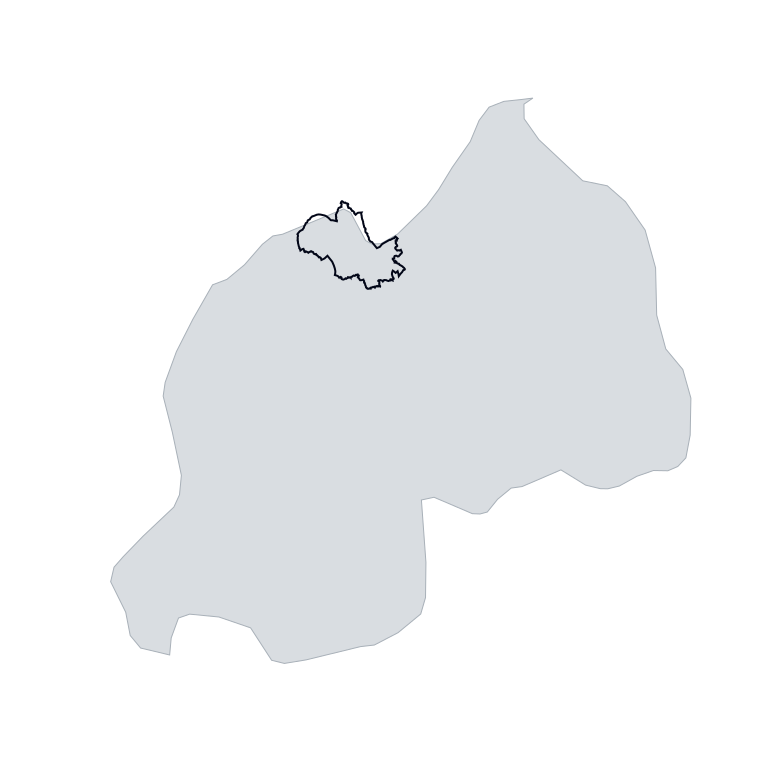 location of Burera, Northern, Rwanda, rotated 351°
{"feature_id": "39286606B41980105768775", "entity_name": "Burera", "entity_type": "district", "adm_level": 2, "iso_a3": "RWA", "parent_name": "Rwanda", "parent_adm1": "Northern", "projection": "albers", "projection_center": [29.857, -1.461], "detail": "fine", "context": "in_parent", "style": "outline", "palette": "ink", "viewbox_px": 768, "rotation_deg": 351, "n_neighbors": 0, "source": "geoboundaries", "source_scale": "gbopen_adm2", "svg_char_len": 7039}
<svg xmlns="http://www.w3.org/2000/svg" viewBox="0 0 768 768"><g transform="rotate(351 384 384)"><path d="M297.4,220.4L307.2,220.2L371.5,204.8L377.9,209.6L388.3,239.5L393.8,243.8L402.8,244.9L420.8,238.1L453.9,214.7L468.4,200.5L485.4,180.6L507.1,158.1L519.2,138.5L531.1,127.0L546.6,123.6L563.8,124.5L575.8,124.9L566.0,129.5L563.9,143.9L575.2,166.9L612.1,214.4L635.6,223.2L651.0,241.7L666.0,272.8L670.4,311.8L664.1,358.6L667.8,393.5L681.4,416.4L684.9,446.0L678.4,482.4L670.6,504.2L661.3,511.4L650.8,514.1L636.6,511.6L619.3,514.7L600.4,521.6L588.6,522.5L581.2,521.2L567.3,515.4L545.3,496.5L504.3,506.9L493.3,506.7L478.2,515.6L466.0,526.6L458.5,527.4L451.0,525.9L415.7,503.7L402.8,504.4L397.5,566.8L391.6,601.4L384.3,616.9L359.0,631.8L333.6,640.3L319.7,639.7L263.8,644.3L241.9,644.4L229.8,639.3L214.1,604.0L184.5,588.3L156.0,580.9L144.4,583.0L134.1,601.5L129.9,618.1L102.3,606.7L94.0,592.7L93.2,569.0L83.1,536.5L88.7,522.7L99.5,513.7L122.4,496.5L157.2,472.7L164.7,461.4L169.6,442.5L167.4,398.5L164.0,361.4L168.1,348.2L184.0,319.6L205.3,290.2L230.2,259.2L245.2,256.1L264.9,244.4L285.7,227.0L297.4,220.4Z" fill="#d9dde1" stroke="#a8b0b8" stroke-width="1"/><path d="M406.9,282.5L407.4,282.5L408.4,283.0L408.2,282.1L408.0,281.8L408.5,281.9L409.2,282.3L410.0,281.7L410.1,281.1L409.9,280.9L409.6,280.2L409.2,278.7L409.0,276.7L409.5,275.0L410.4,273.4L411.1,274.0L412.9,276.1L415.1,274.7L415.5,277.7L415.5,279.8L417.5,277.8L419.4,276.3L420.9,274.5L422.2,274.4L422.5,274.2L422.9,274.5L422.0,272.5L421.0,271.4L420.6,270.7L419.5,269.9L419.0,269.3L418.3,269.0L417.8,268.4L417.8,268.0L417.5,267.5L417.2,267.4L416.7,267.4L416.2,267.0L415.9,266.9L415.5,266.1L415.4,265.2L414.9,264.7L414.6,266.1L413.6,265.8L413.7,265.6L413.6,265.0L413.2,264.4L413.0,263.9L413.0,263.6L412.1,262.1L412.2,261.7L412.8,262.0L413.0,261.8L413.7,261.6L413.7,261.0L413.9,260.8L414.2,259.7L414.5,259.3L415.3,259.2L416.2,259.2L416.7,259.5L417.4,260.2L418.5,260.2L419.3,259.4L419.8,259.2L420.5,258.3L421.7,257.8L421.8,257.4L422.3,256.8L421.6,254.1L420.2,254.6L419.9,254.3L419.2,254.2L418.6,254.3L417.9,254.3L417.6,253.9L417.7,253.7L417.3,253.2L416.9,252.8L416.5,252.3L416.3,251.4L416.5,251.0L416.9,250.7L417.1,250.5L417.6,250.4L418.5,250.0L418.7,249.7L418.6,248.9L418.0,247.8L417.9,247.1L417.6,246.8L417.6,246.6L417.9,246.4L417.8,244.9L417.8,244.6L418.1,244.5L419.0,244.4L418.8,243.6L419.3,243.5L419.6,243.2L420.1,242.6L419.4,242.3L419.5,241.8L419.4,241.8L418.6,240.3L418.5,240.2L417.2,240.9L416.9,241.6L415.7,241.6L412.9,242.6L412.5,242.7L412.0,242.5L406.1,244.7L403.9,245.6L401.3,247.9L398.2,248.7L394.8,242.8L394.6,242.2L394.2,241.8L393.1,241.3L392.8,241.0L391.9,239.4L391.7,238.4L391.9,237.7L391.8,236.7L391.3,235.7L391.2,235.1L390.8,233.9L390.8,233.4L391.1,233.0L390.7,232.4L390.0,231.9L389.5,230.9L389.5,229.7L389.7,229.2L389.6,228.6L390.1,228.2L390.0,227.5L389.6,226.9L389.2,226.5L388.9,225.7L388.9,225.4L389.0,225.2L389.0,224.7L388.7,223.4L388.8,222.7L388.6,221.7L388.8,220.4L388.5,219.2L388.5,218.6L388.2,217.9L388.2,216.8L388.1,215.6L388.3,214.6L388.1,213.6L388.2,212.9L388.1,212.6L388.2,211.8L388.7,211.1L385.1,210.8L383.6,211.5L382.6,212.3L382.4,212.4L381.3,210.8L381.3,210.4L381.5,210.1L381.5,209.8L380.5,208.4L379.4,207.9L379.4,207.2L378.7,206.4L378.7,205.6L377.6,204.9L377.2,204.9L376.7,204.7L376.2,204.2L376.5,203.5L376.5,203.3L376.1,202.9L376.2,202.2L376.0,201.9L376.8,201.0L376.7,200.4L376.4,200.2L375.9,199.9L375.1,199.9L374.5,199.1L374.0,198.7L373.3,198.9L372.8,198.7L371.8,197.4L371.2,196.9L370.9,196.9L370.2,197.5L369.6,198.6L370.2,199.0L370.3,199.8L370.2,200.2L369.8,200.8L369.7,202.4L369.0,202.4L368.5,202.8L367.8,202.7L366.7,203.1L366.4,203.7L365.6,204.7L365.5,205.6L365.4,205.9L365.0,206.3L364.8,206.7L364.1,207.4L364.0,207.8L362.9,209.2L363.0,210.1L362.7,211.4L363.0,211.8L362.5,213.2L362.5,213.6L362.7,214.3L363.1,215.1L362.9,215.9L359.1,214.3L357.3,214.0L357.0,213.8L355.3,211.4L354.3,210.3L353.0,209.1L351.8,208.3L348.0,206.8L346.1,206.3L344.1,206.3L341.6,206.9L340.1,207.2L339.5,207.1L338.4,207.9L337.6,208.3L336.4,209.8L335.9,210.0L335.1,210.1L334.5,210.4L334.2,210.6L333.9,211.5L333.3,212.4L332.3,212.7L331.8,213.0L331.1,214.4L330.0,215.6L329.1,217.4L327.8,218.6L327.7,218.9L326.0,219.4L324.6,220.0L322.2,222.1L321.9,222.6L322.3,223.3L322.2,224.3L322.0,225.0L321.7,225.4L321.5,226.8L321.6,227.3L321.4,227.5L321.3,227.8L321.1,228.6L321.1,229.0L321.3,229.1L321.3,230.3L321.2,230.4L321.1,231.6L321.2,232.0L321.4,234.9L321.8,236.1L321.6,236.4L322.0,236.7L321.9,237.4L322.2,238.2L322.3,239.1L323.1,238.7L323.4,238.3L323.9,238.3L324.6,238.0L325.6,237.9L326.0,239.7L326.0,240.8L326.5,241.3L327.1,240.9L327.2,241.1L327.5,240.9L327.9,241.0L328.0,241.0L328.3,241.3L328.6,241.4L329.0,241.8L329.5,241.9L329.8,242.5L330.2,242.3L331.1,242.0L331.8,241.7L332.4,241.9L332.7,241.4L332.8,241.4L334.1,242.4L334.6,242.6L334.7,242.8L334.8,243.7L335.0,244.3L335.4,244.5L335.6,244.7L336.4,245.1L336.5,244.9L336.9,244.9L336.9,245.1L337.1,245.1L337.1,245.3L337.4,245.5L337.4,245.9L337.5,246.1L338.2,246.4L338.3,246.9L339.0,247.5L339.4,248.7L339.7,248.9L340.3,248.6L341.0,249.2L341.3,249.6L341.6,251.7L344.9,250.7L348.2,248.5L351.8,254.8L352.1,255.6L353.0,259.1L353.5,262.3L353.6,264.9L353.2,266.8L352.5,268.7L353.3,269.1L353.9,269.3L355.2,270.1L355.9,270.9L356.3,271.8L356.5,271.6L357.4,271.8L357.5,271.6L357.8,271.5L357.9,271.8L358.3,271.9L358.3,272.1L358.5,272.2L358.3,272.5L358.5,272.8L358.3,273.1L358.7,273.8L360.0,274.5L361.3,274.3L362.1,274.0L362.4,273.7L362.7,274.0L363.1,274.2L363.9,273.7L364.5,273.7L365.2,273.5L365.3,272.9L366.1,273.2L366.4,273.5L367.0,273.3L367.3,273.5L367.7,273.5L367.8,273.7L367.9,273.3L368.3,273.2L368.5,273.0L369.2,273.1L369.5,272.9L370.0,272.5L370.7,272.2L371.1,272.1L371.9,272.6L372.6,272.3L373.0,272.0L373.2,272.3L373.8,272.0L374.1,272.1L374.6,271.7L375.1,271.7L375.1,271.9L375.3,272.2L375.9,272.6L376.0,273.0L375.9,273.3L375.2,273.5L375.2,273.9L375.5,273.9L375.0,274.6L375.4,274.8L375.4,275.3L376.0,276.0L376.1,276.7L376.2,276.8L376.3,277.1L376.4,277.3L376.6,277.7L377.3,277.9L378.6,277.9L379.9,277.7L379.9,278.1L380.2,278.5L380.3,278.9L380.5,279.3L380.3,279.7L380.2,280.7L380.7,281.0L380.6,281.5L381.0,282.3L380.9,283.2L381.4,284.6L381.3,285.1L381.4,285.8L382.0,286.3L381.9,286.6L382.0,286.8L382.6,287.3L383.1,287.5L383.9,287.5L384.2,287.4L384.4,287.5L385.1,287.2L385.3,287.4L385.6,287.4L385.8,287.6L386.0,287.2L386.0,286.8L386.2,286.7L386.6,286.7L386.9,286.8L387.6,286.6L388.0,286.7L388.4,286.4L389.3,286.6L389.6,286.4L389.9,286.8L389.8,287.1L390.0,287.3L390.1,287.1L390.5,286.9L391.0,286.4L391.7,286.2L392.0,286.4L392.4,286.2L392.7,286.4L393.1,286.3L393.2,286.7L394.5,286.8L395.1,286.7L395.4,287.0L395.5,286.8L395.4,286.4L395.0,285.4L394.9,284.8L395.1,284.2L395.0,283.8L395.3,283.4L395.3,282.2L394.3,281.2L394.1,280.6L394.3,280.8L394.8,280.7L394.9,280.8L395.2,280.8L396.6,280.7L397.3,281.2L398.1,281.4L398.6,281.9L398.9,282.5L399.2,282.2L399.1,281.9L400.0,281.8L400.4,281.3L402.3,281.7L402.8,282.0L403.1,282.3L403.7,282.6L404.6,283.0L405.7,282.7L406.2,282.3L406.6,282.7L406.9,282.5Z" fill="none" stroke="#020617" stroke-width="2"/></g></svg>